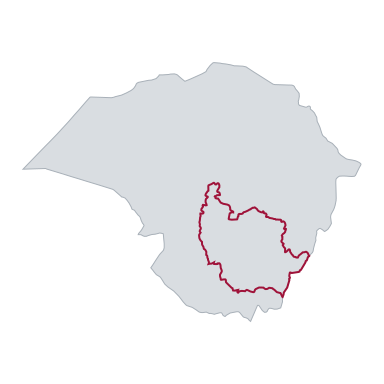 Amhara on a map of Ethiopia (Albers equal-area conic projection), rotated 180°
{"feature_id": "ETH-3109", "entity_name": "Amhara", "entity_type": "Administrative State", "adm_level": 1, "iso_a3": "ETH", "parent_name": "Ethiopia", "parent_adm1": "", "projection": "albers", "projection_center": [38.049, 11.266], "detail": "fine", "context": "in_parent", "style": "outline", "palette": "rose", "viewbox_px": 384, "rotation_deg": 180, "n_neighbors": 0, "source": "natural_earth", "source_scale": "10m", "svg_char_len": 9371}
<svg xmlns="http://www.w3.org/2000/svg" viewBox="0 0 384 384"><g transform="rotate(180 192 192)"><path d="M73.7,275.1L73.4,274.7L71.4,273.1L69.5,271.0L68.4,268.7L67.3,266.8L66.8,262.5L65.5,259.9L64.1,256.7L62.2,250.6L61.3,248.5L59.7,247.1L58.0,245.8L56.3,243.0L51.7,240.6L49.9,238.7L46.9,235.5L46.1,233.9L45.9,232.3L45.0,230.7L43.3,229.0L38.0,225.3L36.6,224.8L34.6,224.4L31.9,224.0L28.1,223.1L24.9,221.6L23.4,220.5L23.0,219.8L23.4,218.6L24.6,216.6L26.9,211.9L28.5,208.6L29.6,207.7L32.5,207.5L35.6,207.7L37.8,207.9L41.0,208.0L44.7,207.8L46.3,206.7L47.5,205.5L48.0,204.7L48.2,202.5L48.2,200.8L48.0,194.2L47.9,190.2L47.8,185.6L47.9,184.7L47.9,183.5L48.9,178.6L49.8,175.8L50.4,174.3L52.9,169.7L53.3,168.2L53.4,166.8L52.6,160.5L54.2,157.5L56.2,154.6L57.9,153.4L59.3,152.5L60.0,152.9L61.6,154.3L63.8,155.6L64.8,155.4L66.3,154.2L67.4,153.0L67.2,150.8L68.3,146.2L68.1,143.6L69.2,140.4L70.4,135.8L70.9,132.9L71.6,131.4L74.8,128.2L77.5,123.7L79.2,120.4L82.5,115.0L84.2,113.1L85.5,112.3L87.5,111.7L91.2,111.3L93.9,110.8L94.3,110.1L94.5,109.0L94.6,106.6L95.1,102.5L96.3,98.4L97.7,95.4L98.4,94.0L99.3,92.7L100.3,90.4L101.6,85.5L101.5,82.2L103.3,76.1L103.7,76.0L106.8,74.9L109.7,74.8L112.5,75.6L114.4,75.8L115.2,75.4L116.0,74.4L116.8,72.7L117.9,71.8L119.5,71.7L121.7,73.5L125.0,78.4L125.9,78.7L126.5,78.6L128.2,74.7L129.5,71.6L132.0,65.9L133.4,62.6L134.7,63.6L136.0,65.2L137.5,66.0L139.1,66.5L139.8,66.6L140.8,67.2L144.2,71.3L145.4,72.2L147.0,72.3L153.8,71.0L157.9,68.6L158.5,67.7L159.6,67.7L161.0,68.7L161.5,69.7L162.3,71.1L163.9,71.3L167.8,70.3L169.7,69.7L171.3,70.2L173.4,70.6L174.7,70.5L177.7,71.9L181.4,71.4L183.1,71.5L184.9,72.0L187.8,74.1L191.7,76.6L197.1,78.4L198.2,79.2L200.8,82.1L205.0,87.6L210.3,93.0L216.2,97.1L219.3,100.0L221.5,103.6L223.6,106.8L225.7,108.2L227.6,109.3L229.7,111.8L231.2,113.8L233.2,116.2L231.0,119.4L228.2,123.8L224.8,128.9L223.8,130.2L220.9,133.3L220.4,134.1L219.8,136.3L219.8,140.3L220.3,145.5L220.7,150.2L222.4,150.7L224.3,151.0L226.4,150.4L228.9,149.8L232.1,149.5L235.6,148.5L237.6,147.7L239.8,147.7L241.7,148.5L242.7,149.2L244.1,149.4L245.8,149.4L245.5,150.3L244.5,151.6L243.3,152.9L242.3,154.3L240.1,158.1L240.0,158.6L240.3,159.3L241.6,161.0L242.9,163.8L243.7,166.3L244.3,167.5L245.9,168.9L248.2,171.8L249.5,173.7L252.0,174.8L252.9,177.2L254.9,180.9L257.0,183.8L259.0,186.0L261.2,186.9L262.1,186.9L266.8,191.1L270.4,194.2L271.3,194.7L277.7,196.7L285.1,199.0L291.0,200.8L298.6,203.1L306.0,205.4L313.0,207.5L322.9,210.6L330.8,213.0L337.1,214.9L338.4,215.5L361.0,214.8L355.6,220.4L349.5,226.7L343.1,233.3L338.9,237.6L332.3,244.3L326.9,249.9L321.2,256.1L316.1,261.6L309.5,269.2L305.1,274.1L298.4,281.9L294.1,286.7L293.4,287.0L287.2,286.8L281.1,286.6L273.3,286.3L272.4,286.3L270.1,286.8L268.8,287.3L263.2,288.7L262.2,289.0L257.5,291.1L252.8,293.6L250.4,295.5L248.5,298.2L247.7,300.1L246.8,301.0L245.3,301.7L235.4,303.7L232.5,303.9L227.9,305.4L225.4,307.9L224.7,309.1L221.4,309.1L215.5,309.5L213.0,310.0L211.8,310.0L209.6,310.1L207.7,309.6L206.5,309.0L204.9,307.5L201.5,304.6L199.1,302.7L193.7,304.9L188.8,307.1L181.9,310.2L178.0,312.4L176.9,314.6L173.8,318.6L171.1,321.1L170.1,321.4L164.0,320.9L161.7,320.4L158.0,320.0L153.1,319.1L149.8,318.2L146.2,318.1L141.0,317.8L137.9,317.1L134.6,314.9L130.5,312.2L126.2,309.5L121.8,306.7L116.6,303.4L110.9,299.8L109.6,299.5L109.0,299.4L102.8,299.2L96.4,299.0L92.1,298.9L90.7,298.4L89.7,297.6L88.4,295.0L86.7,293.1L84.9,290.7L84.7,287.5L85.3,284.0L85.8,282.8L85.5,281.7L85.6,280.1L84.6,278.6L78.3,276.8L77.3,276.9L76.2,277.6L75.0,278.0L74.1,277.6L73.6,276.9L73.6,275.9L73.7,275.1Z" fill="#d9dde1" stroke="#a8b0b8" stroke-width="1"/><path d="M93.7,111.5L94.1,111.4L94.3,110.9L94.7,108.4L94.7,107.9L94.6,107.5L94.1,106.6L94.1,106.1L94.4,105.7L94.7,105.4L94.9,105.1L94.9,104.9L94.6,104.3L94.6,103.9L96.8,96.4L100.1,91.6L100.3,91.0L100.4,89.7L100.5,89.3L101.4,87.0L101.7,87.2L103.3,90.7L103.6,91.0L103.9,91.0L106.9,91.8L107.3,92.0L109.7,94.3L110.9,95.0L111.5,95.7L111.9,95.8L114.5,96.2L114.9,96.2L115.2,96.0L115.5,95.8L116.7,95.1L117.4,95.0L118.1,94.9L118.6,95.0L119.3,95.3L119.8,95.7L120.4,96.3L120.7,96.4L124.5,96.5L125.2,96.4L128.3,94.9L128.6,94.6L128.9,94.3L129.1,93.9L129.7,92.3L130.2,91.9L131.1,91.9L133.5,92.5L136.5,93.9L137.2,94.1L137.9,93.7L138.4,93.4L138.9,92.8L139.7,92.9L140.9,93.0L142.1,93.1L144.3,92.8L144.8,92.6L145.1,92.2L145.6,91.5L145.9,91.3L146.2,91.4L146.4,91.6L146.6,92.0L146.7,92.5L146.0,94.1L148.0,93.7L148.8,93.4L149.3,93.4L150.9,93.5L151.2,94.4L151.4,95.4L151.5,95.8L152.4,96.2L157.4,101.1L158.0,101.8L158.1,102.5L158.1,103.0L158.1,103.5L158.2,104.0L158.4,104.4L158.7,104.6L159.1,104.6L160.2,104.6L162.6,104.2L163.1,104.3L163.3,104.8L163.3,105.5L163.5,106.2L163.8,107.0L164.0,108.0L164.0,109.3L162.3,112.3L162.2,113.1L162.4,113.9L163.3,116.2L163.5,118.7L163.6,119.2L163.9,119.8L164.2,120.3L164.6,120.7L164.8,120.7L166.4,120.6L166.5,120.0L167.2,119.9L170.0,120.0L170.2,120.3L170.3,120.8L170.2,121.3L170.1,121.6L172.1,120.5L172.4,120.4L174.0,120.3L174.7,120.2L175.5,120.0L175.1,121.1L175.1,121.3L175.1,121.9L175.3,122.5L175.8,123.7L176.0,124.3L176.0,124.9L176.0,125.2L176.4,125.8L176.5,126.1L176.7,126.8L176.7,127.8L176.8,128.1L177.1,128.6L177.3,128.8L177.8,129.1L177.7,131.4L177.7,132.0L177.8,132.5L178.6,133.9L179.0,134.4L179.5,134.8L180.1,135.1L180.3,135.7L180.5,136.9L180.7,137.4L181.7,139.0L181.9,139.5L182.0,140.8L182.0,142.1L182.7,142.8L183.1,143.2L183.5,143.7L184.4,145.3L184.6,145.9L184.7,146.5L184.8,147.6L184.9,148.4L184.9,148.8L184.8,149.2L184.7,149.5L183.4,151.4L184.0,152.1L184.3,152.7L184.2,153.3L184.0,153.9L183.3,155.0L183.2,155.5L183.2,156.0L183.4,156.6L184.1,157.5L184.3,157.8L184.3,158.3L184.1,159.4L184.1,159.9L184.6,161.7L184.5,162.3L184.3,162.8L184.2,163.3L183.9,166.1L183.9,166.6L183.5,167.6L183.4,168.2L183.7,170.0L183.6,170.5L182.2,170.4L181.6,170.4L181.1,170.5L180.7,170.8L180.5,171.4L180.5,171.9L180.8,172.3L181.3,172.6L182.0,173.0L182.4,173.4L182.7,173.8L182.6,174.7L182.5,175.2L181.8,176.1L181.6,176.5L181.0,177.3L181.0,177.6L181.3,178.2L181.4,178.4L181.1,179.1L180.2,179.1L178.3,178.6L177.4,178.8L177.5,179.7L178.4,181.8L178.4,183.0L178.3,184.2L177.9,185.2L177.0,186.0L176.6,186.4L176.3,186.7L176.2,187.1L176.5,187.5L177.4,187.7L177.7,187.9L178.5,188.5L178.4,189.5L177.9,190.6L177.1,191.6L176.6,192.5L175.6,193.3L175.7,197.9L175.5,198.6L174.8,199.0L172.5,199.9L171.7,200.4L170.6,201.1L170.1,201.2L169.6,200.9L168.8,199.7L168.1,199.5L167.7,199.6L166.6,200.7L166.1,200.8L165.7,200.7L165.4,200.5L165.2,200.2L164.7,199.0L164.6,198.6L164.7,198.2L164.6,196.9L166.5,193.7L166.8,193.0L166.7,192.3L166.3,192.0L165.1,191.7L164.6,191.3L164.3,190.6L164.1,189.8L164.0,189.1L164.2,188.9L165.0,188.9L167.0,188.8L167.3,188.6L168.4,187.8L168.9,187.7L169.8,188.0L168.4,186.6L168.3,186.4L168.4,185.9L167.9,185.6L167.2,185.5L166.7,185.5L165.9,185.4L165.2,184.4L164.4,183.0L163.3,181.4L160.7,180.2L156.6,179.4L155.1,178.7L154.4,177.8L154.0,176.8L153.8,175.7L153.8,174.5L153.8,174.4L153.3,173.8L152.9,173.4L152.7,173.3L151.3,172.7L150.8,172.3L150.8,171.6L151.7,171.8L152.5,171.6L154.0,170.8L154.3,170.5L155.2,165.9L155.3,165.1L154.9,164.7L152.3,164.3L147.0,164.6L146.8,164.8L146.7,165.0L146.1,167.4L146.0,167.7L145.8,167.9L145.6,167.9L145.5,168.1L145.5,168.4L145.6,169.1L145.6,169.3L145.3,169.8L144.8,170.0L144.2,170.1L143.7,170.1L143.1,170.0L142.9,170.0L142.1,170.2L141.4,170.4L141.2,170.6L141.0,171.1L140.4,171.7L140.2,171.8L138.7,172.2L135.5,173.7L134.4,174.5L134.2,174.5L133.6,174.6L133.4,174.7L132.9,175.3L131.3,176.2L131.1,176.3L130.6,176.2L130.2,176.2L129.6,176.6L129.2,176.6L127.1,175.0L126.8,174.6L126.7,174.3L126.2,173.7L125.7,173.1L125.4,172.9L123.3,171.9L122.5,171.7L121.7,171.6L121.4,171.7L121.2,172.3L121.0,172.6L120.7,172.6L120.3,172.1L120.2,171.9L120.2,171.1L120.0,170.9L119.6,170.7L119.3,170.6L119.0,170.6L118.6,170.6L118.4,170.6L118.2,170.5L117.7,169.9L117.4,169.2L117.6,168.5L118.0,167.8L117.9,167.2L117.6,167.0L116.1,167.0L115.6,166.9L115.2,166.6L114.6,166.1L111.3,165.5L110.4,165.1L110.0,165.0L108.9,165.0L108.7,164.9L108.1,164.4L107.9,164.4L107.3,164.5L107.1,164.5L104.6,164.3L103.6,164.3L103.1,164.1L102.8,163.7L102.8,163.3L102.8,162.9L102.8,162.5L102.6,162.2L102.4,162.1L102.1,162.1L101.0,162.6L100.5,162.6L99.9,162.2L99.4,161.7L99.0,160.9L98.7,160.0L98.5,158.7L100.0,155.4L99.7,155.0L99.2,155.0L98.8,155.1L98.4,155.4L98.2,155.9L98.1,154.9L98.2,154.2L98.8,152.9L98.8,152.2L99.1,151.8L99.8,150.9L101.0,150.1L101.6,149.4L102.2,148.4L101.5,147.0L101.8,146.3L101.7,145.8L101.6,144.9L101.8,144.4L102.2,143.9L102.6,143.2L102.6,142.3L101.3,140.9L100.9,140.7L100.4,140.2L100.6,139.7L101.0,139.3L101.3,138.9L101.2,138.7L100.0,136.7L99.2,136.0L98.9,135.5L98.9,133.5L99.0,132.0L98.8,131.8L98.3,131.9L97.4,132.5L96.5,133.3L95.6,134.3L95.2,134.6L94.7,134.6L94.3,134.4L94.0,133.4L93.8,132.2L93.6,131.7L93.0,131.0L92.2,129.6L91.2,128.8L91.0,128.5L90.7,127.9L90.5,127.6L90.0,127.3L89.9,127.2L89.5,127.1L88.9,127.1L88.3,127.0L88.0,126.6L87.8,126.5L87.1,126.5L86.2,126.4L86.1,126.5L85.4,128.0L85.1,128.5L82.3,130.7L81.7,131.3L81.2,131.7L80.8,131.7L80.2,131.7L79.5,131.8L78.3,132.2L77.8,132.2L77.3,131.9L76.7,131.4L76.1,130.7L75.3,128.7L74.7,128.2L74.8,127.8L75.0,127.7L75.8,127.2L76.2,126.7L76.4,126.1L76.7,124.9L77.1,123.9L77.2,123.6L77.5,123.5L77.9,123.2L78.2,123.0L78.4,122.7L78.5,121.8L78.8,121.2L83.0,114.2L83.4,113.9L83.8,113.9L84.0,113.8L84.2,113.5L84.5,112.4L85.5,112.0L92.2,111.0L92.7,111.1L93.1,111.4L93.7,111.5Z" fill="none" stroke="#9f1239" stroke-width="2"/></g></svg>